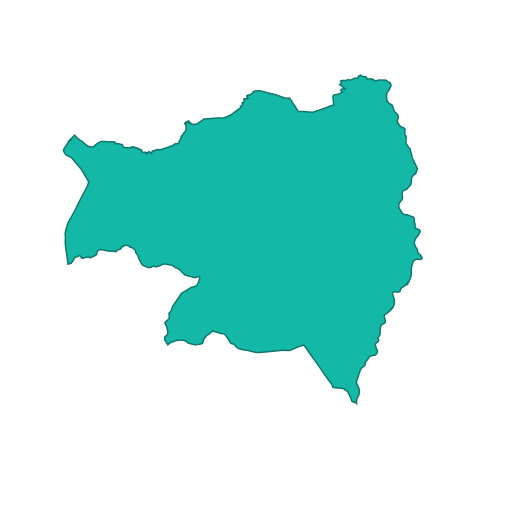 Empat Lawang, Sumatera Selatan, Indonesia (Albers equal-area conic projection), rotated 252°
{"feature_id": "22746128B47089116764549", "entity_name": "Empat Lawang", "entity_type": "district", "adm_level": 2, "iso_a3": "IDN", "parent_name": "Indonesia", "parent_adm1": "Sumatera Selatan", "projection": "albers", "projection_center": [102.962, -3.717], "detail": "fine", "context": "isolated", "style": "filled", "palette": "teal", "viewbox_px": 512, "rotation_deg": 252, "n_neighbors": 0, "source": "geoboundaries", "source_scale": "gbopen_adm2", "svg_char_len": 6103}
<svg xmlns="http://www.w3.org/2000/svg" viewBox="0 0 512 512"><g transform="rotate(252 256 256)"><path d="M317.4,76.7L306.3,74.7L306.2,77.9L308.4,81.0L310.3,82.8L310.6,83.8L310.9,88.4L309.7,89.2L308.2,89.3L307.4,90.3L307.2,94.9L306.9,96.1L305.5,97.8L306.2,103.9L307.9,105.5L309.6,106.7L310.4,108.3L310.3,109.4L309.4,111.9L307.1,115.5L305.3,119.6L305.3,121.0L304.3,121.6L304.2,123.5L303.3,124.1L304.6,125.8L304.3,129.1L305.8,130.8L306.3,133.3L306.5,133.3L306.8,134.5L305.9,136.8L304.9,138.1L303.7,138.6L303.2,139.2L301.3,141.7L298.4,143.0L296.1,142.7L293.0,143.8L288.2,143.9L284.4,144.7L282.7,145.2L279.7,148.1L277.9,150.7L277.7,152.9L278.1,154.1L278.1,155.3L276.7,157.3L276.5,157.9L276.6,162.3L276.9,163.9L276.8,166.5L273.1,173.4L270.5,175.2L268.4,177.6L266.5,179.2L260.1,182.4L254.2,191.3L254.3,195.2L253.7,196.0L252.1,195.5L247.3,191.9L245.9,189.4L246.1,184.3L244.8,179.6L243.6,173.7L233.7,161.0L230.0,158.3L228.4,155.5L225.3,154.9L223.2,153.8L220.9,148.9L219.7,148.6L216.8,149.3L215.2,149.1L212.0,148.8L208.9,147.8L207.2,144.2L203.9,143.3L198.8,144.7L199.9,147.4L200.1,149.3L200.2,154.1L199.5,157.6L198.7,160.1L197.4,162.2L196.0,163.5L194.0,164.7L190.4,170.4L189.5,175.3L189.4,177.9L190.0,178.8L192.1,179.8L192.9,180.5L195.0,183.6L196.1,185.7L196.0,186.8L197.7,190.5L197.9,191.3L197.8,192.0L192.7,199.3L192.0,201.4L191.5,202.0L183.8,204.5L181.5,204.7L180.5,205.3L178.9,207.7L178.3,208.2L176.2,208.8L174.2,210.3L172.7,211.6L171.5,213.5L169.0,218.5L164.3,226.1L163.4,228.5L161.5,236.7L158.3,251.5L155.7,258.8L156.7,269.6L156.4,274.1L144.0,277.9L144.4,278.0L143.9,278.2L143.2,278.1L141.5,278.6L138.3,279.8L116.3,286.4L110.6,288.5L107.2,288.6L103.0,298.0L98.9,301.3L91.3,302.3L88.1,302.3L85.0,306.1L85.7,306.1L85.2,306.2L88.5,307.3L91.4,310.2L93.3,311.8L97.6,313.0L104.7,312.3L109.1,315.4L115.2,319.9L116.8,321.8L118.0,325.1L118.5,325.9L120.9,327.1L122.1,328.4L122.6,329.5L123.4,330.6L124.7,332.0L125.4,333.4L125.4,335.2L124.9,338.8L125.0,339.3L125.8,340.4L127.4,342.0L129.2,342.1L133.4,341.8L135.5,342.4L136.6,344.5L136.8,345.5L137.5,346.5L140.6,346.7L141.6,348.2L143.0,349.7L149.8,352.2L151.9,354.2L152.3,357.3L152.9,358.3L153.7,358.9L157.6,359.1L159.9,359.6L162.3,365.8L163.6,368.3L163.7,367.7L164.0,368.0L164.7,370.2L166.0,371.5L169.4,373.5L171.4,374.0L178.3,374.1L179.3,375.2L179.1,377.2L178.1,378.9L177.7,380.5L177.8,381.7L180.2,384.0L181.1,385.1L181.1,386.4L181.9,388.0L181.9,389.3L183.5,391.4L182.6,391.4L184.3,393.5L187.8,396.4L190.1,397.8L196.6,400.0L201.2,403.0L202.7,404.5L203.1,405.1L203.3,407.7L201.8,411.8L202.5,413.2L202.8,413.0L203.5,413.3L205.4,412.9L206.6,412.4L208.3,411.2L213.4,411.2L215.6,410.5L219.5,410.5L221.3,411.5L223.7,413.7L224.9,415.7L228.4,419.8L230.6,419.4L232.0,417.5L233.4,416.1L235.3,416.5L237.0,417.1L239.3,417.1L243.1,418.1L244.2,417.8L244.8,417.3L246.3,415.1L248.3,412.8L249.8,409.6L251.3,408.3L257.4,407.0L258.8,407.0L260.4,407.5L261.9,408.6L263.1,410.1L264.5,412.4L266.4,413.5L269.3,413.9L271.1,414.7L272.3,415.6L272.6,416.3L272.9,419.9L275.8,424.8L276.3,425.5L277.4,426.2L281.6,427.8L282.9,428.8L283.4,429.4L284.4,431.0L285.2,433.2L286.0,434.2L289.3,436.5L301.5,434.9L304.5,435.3L306.9,435.3L310.0,435.6L312.7,434.5L316.8,433.5L318.9,434.0L322.9,435.8L325.5,435.2L326.7,435.4L329.2,436.3L330.4,437.0L330.8,436.7L331.8,436.5L334.0,434.0L335.1,433.1L339.6,431.8L341.6,432.6L343.6,434.0L346.1,434.6L348.0,433.8L350.5,432.3L356.9,432.2L357.1,432.0L358.2,431.7L359.6,429.9L362.3,428.7L362.7,428.7L364.3,428.8L366.7,429.2L370.5,430.7L373.1,434.1L376.3,437.1L379.1,437.3L380.3,435.8L383.3,433.7L383.2,433.5L385.3,427.6L385.7,423.4L387.9,421.8L388.8,420.8L389.1,419.0L390.0,416.5L392.3,416.1L392.8,415.2L392.8,414.7L394.2,412.6L395.6,411.5L395.5,409.5L393.7,407.5L394.6,405.3L394.2,400.9L394.3,399.6L395.0,398.6L395.3,397.6L395.0,395.9L396.0,393.4L396.4,391.0L396.2,390.6L393.8,390.6L393.3,389.8L393.3,388.6L390.6,390.5L389.1,391.1L387.5,392.5L387.2,391.5L387.8,390.6L388.3,389.2L388.0,388.4L387.4,387.9L385.2,388.6L384.4,385.7L385.0,379.6L384.3,378.6L375.6,376.6L375.7,373.3L375.3,367.6L375.2,354.0L378.8,345.8L380.2,341.0L395.7,336.8L397.1,332.6L404.7,322.6L405.2,321.3L411.9,310.9L413.1,306.9L413.2,305.5L413.1,304.0L412.3,303.7L412.0,303.2L411.2,300.5L411.5,297.3L411.1,296.7L410.9,296.6L410.4,296.6L409.3,297.2L408.8,297.3L408.3,297.1L408.2,296.7L408.7,296.3L408.8,296.0L408.5,294.8L409.2,293.4L409.0,292.9L408.4,292.9L406.4,292.3L405.8,291.8L405.6,291.5L406.2,290.6L406.1,290.2L404.3,289.9L403.1,288.8L403.3,287.5L402.3,287.5L401.8,287.2L397.9,275.7L397.3,269.4L397.5,266.4L398.9,263.1L402.3,248.8L400.0,241.5L399.9,238.6L400.5,237.8L400.8,236.3L401.6,235.0L402.1,234.7L403.0,235.0L403.3,234.9L403.3,234.1L403.5,233.7L403.2,233.3L403.6,233.2L404.6,233.7L405.3,233.7L405.3,232.5L404.8,231.9L404.4,232.1L404.5,231.2L403.8,230.6L403.9,230.4L404.4,230.7L405.0,230.7L404.9,230.4L404.3,229.8L404.1,229.1L402.1,229.8L400.5,229.5L397.4,228.2L396.4,227.4L395.1,225.0L393.3,223.2L393.2,222.2L392.7,221.6L391.1,221.1L389.6,219.4L389.3,218.7L387.8,218.2L387.3,217.5L387.2,215.5L387.7,213.2L386.5,210.1L387.0,208.0L386.6,207.6L386.6,198.3L387.2,196.5L386.9,196.3L387.8,195.0L387.7,192.1L387.3,191.6L387.3,191.2L388.0,190.2L387.1,189.2L386.3,188.7L386.0,188.2L387.9,186.9L388.4,186.3L387.1,184.3L387.7,184.4L388.2,183.7L387.3,183.9L387.4,183.5L388.0,183.3L389.0,182.4L389.3,180.9L390.0,179.7L392.2,179.9L392.7,179.3L393.7,178.5L393.9,176.9L395.3,176.8L395.7,175.6L398.0,172.7L397.9,171.4L397.6,171.0L398.4,169.1L398.0,168.2L398.9,166.7L399.3,165.3L400.3,163.7L403.4,163.1L404.1,161.6L405.0,160.5L405.8,158.4L406.5,157.3L406.4,156.7L408.0,157.0L408.5,156.1L410.6,149.6L411.3,148.6L412.8,144.1L412.0,139.6L410.0,134.7L411.8,130.6L415.6,127.8L418.1,126.5L420.4,124.4L423.4,122.5L427.0,120.8L424.7,116.5L423.7,116.2L424.3,115.7L423.0,113.2L423.0,112.8L422.9,113.0L422.8,112.8L421.9,113.1L421.5,111.9L417.7,106.9L415.9,105.4L413.5,105.7L410.8,106.6L406.7,110.8L392.1,116.8L379.0,119.7L377.8,119.5L374.6,117.3L361.1,103.4L356.0,98.7L345.6,87.4L339.6,83.2L336.3,81.4L332.9,80.6L327.1,78.5L317.6,76.6L317.9,76.2L317.4,76.7Z" fill="#14b8a6" stroke="#0f766e" stroke-width="1.5"/></g></svg>